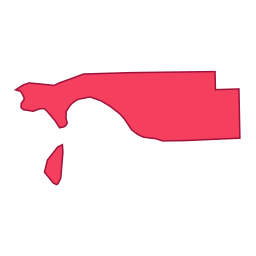 Ottawa, Ohio, United States of America (orthographic projection), rotated 179°
{"feature_id": "52423323B40981635802423", "entity_name": "Ottawa", "entity_type": "district", "adm_level": 2, "iso_a3": "USA", "parent_name": "United States of America", "parent_adm1": "Ohio", "projection": "orthographic", "projection_center": [-82.902, 41.591], "detail": "fine", "context": "isolated", "style": "filled", "palette": "rose", "viewbox_px": 256, "rotation_deg": 179, "n_neighbors": 0, "source": "geoboundaries", "source_scale": "gbopen_adm2", "svg_char_len": 936}
<svg xmlns="http://www.w3.org/2000/svg" viewBox="0 0 256 256"><g transform="rotate(179 128 128)"><path d="M159.8,182.9L171.6,182.7L196.4,174.1L201.0,171.9L225.9,174.8L232.1,172.9L239.7,168.1L234.9,166.6L233.7,164.9L231.9,161.3L231.4,159.5L231.2,158.7L234.4,154.3L234.6,150.4L232.5,148.2L222.5,146.4L215.7,148.8L211.9,148.8L211.5,148.8L208.8,146.4L200.7,136.4L196.4,129.4L192.2,130.2L190.6,131.1L188.6,134.0L189.9,139.1L189.4,145.7L185.5,151.6L183.7,153.4L179.7,156.3L176.7,157.7L165.4,159.7L154.4,155.6L145.1,149.7L136.3,142.6L131.7,137.5L124.4,126.1L118.4,121.4L112.9,118.6L99.9,116.7L93.8,114.5L88.6,114.5L71.3,114.4L16.3,115.9L16.4,165.1L39.9,164.8L40.0,182.9L124.1,183.3L133.0,183.2L133.4,183.2L159.8,182.9ZM193.5,104.7L193.5,104.8L193.9,112.5L198.6,110.3L202.8,105.1L209.1,97.4L212.3,85.3L212.1,85.0L211.2,83.9L203.7,74.3L200.6,72.7L199.0,73.4L196.1,79.1L193.5,104.7Z" fill="#f43f5e" stroke="#9f1239" stroke-width="1.5"/></g></svg>